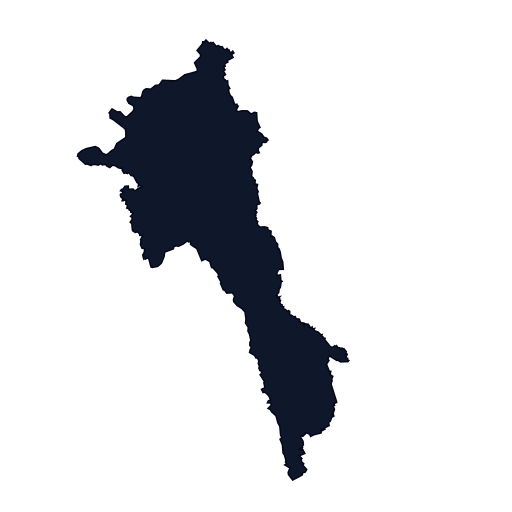 Doem Bang Nang Buat, Suphan Buri, Thailand (Natural Earth projection), rotated 236°
{"feature_id": "78962969B7020307767392", "entity_name": "Doem Bang Nang Buat", "entity_type": "district", "adm_level": 2, "iso_a3": "THA", "parent_name": "Thailand", "parent_adm1": "Suphan Buri", "projection": "natural_earth1", "projection_center": [99.985, 14.865], "detail": "fine", "context": "isolated", "style": "filled", "palette": "ink", "viewbox_px": 512, "rotation_deg": 236, "n_neighbors": 0, "source": "geoboundaries", "source_scale": "gbopen_adm2", "svg_char_len": 6098}
<svg xmlns="http://www.w3.org/2000/svg" viewBox="0 0 512 512"><g transform="rotate(236 256 256)"><path d="M440.7,170.3L440.2,165.5L438.4,163.7L437.4,164.7L435.8,163.8L427.4,165.9L426.8,167.3L423.3,169.8L423.7,170.2L422.0,173.6L419.5,176.1L419.4,178.8L417.4,179.5L416.0,182.6L414.2,182.5L411.1,184.2L411.5,187.6L409.9,189.6L405.9,191.3L403.3,194.1L401.7,192.9L398.3,192.8L397.8,194.4L396.3,195.4L396.4,197.1L392.7,197.4L390.6,199.2L383.6,198.4L381.6,199.1L379.7,197.3L379.3,199.5L377.2,200.0L378.0,195.8L377.4,193.3L378.3,191.8L380.3,191.5L382.6,187.5L385.4,189.3L387.1,186.4L385.9,183.3L386.4,181.6L385.8,180.1L383.7,181.9L382.6,179.7L383.1,178.3L382.4,177.6L380.4,177.0L377.7,177.6L376.7,175.9L375.8,177.4L376.1,178.6L374.2,179.0L371.8,177.0L371.0,177.7L369.3,177.4L368.0,175.6L366.2,177.1L365.1,176.6L363.6,177.6L362.4,176.7L360.5,178.0L359.5,176.6L359.0,174.1L357.0,175.0L355.4,173.3L354.4,170.6L352.2,171.1L347.4,168.4L346.2,168.6L346.0,167.8L343.1,169.0L342.3,171.2L339.6,171.9L338.1,171.2L336.9,172.7L335.7,172.7L334.2,169.5L332.4,168.8L330.3,166.7L326.3,165.8L324.2,167.7L321.7,165.6L320.1,162.6L318.0,161.8L316.0,161.2L315.9,163.3L315.2,162.9L315.1,164.7L314.0,165.7L305.6,162.8L304.4,163.8L302.3,168.8L303.0,173.6L306.9,179.5L310.3,182.5L308.1,191.5L309.7,193.1L309.1,195.4L307.4,197.3L306.6,202.4L307.0,207.8L305.4,207.9L305.3,208.8L303.3,209.7L302.6,208.3L301.5,208.5L296.5,210.5L296.5,211.3L282.4,208.4L281.8,212.3L277.2,214.6L271.3,212.7L270.8,213.6L263.0,214.7L260.4,214.0L260.3,213.0L253.6,212.4L253.3,211.3L246.2,209.9L245.3,210.9L241.6,210.9L238.7,215.8L234.8,215.9L232.3,212.8L230.5,212.0L225.6,212.6L220.4,214.9L215.9,215.6L209.3,212.4L206.3,209.8L201.2,209.7L198.2,207.3L194.7,206.9L188.6,204.4L188.1,202.9L185.4,200.9L182.3,200.8L181.8,199.0L179.6,196.7L174.3,199.3L171.5,198.9L170.6,200.2L167.6,199.7L165.7,197.8L162.8,197.2L161.5,195.7L158.8,195.2L158.3,196.1L155.5,195.1L155.4,193.0L147.0,192.8L146.7,191.7L141.8,189.7L142.4,186.0L138.9,185.5L137.7,187.4L132.9,188.4L128.6,187.6L129.0,185.1L127.9,183.3L126.2,185.6L123.9,185.7L122.9,180.7L120.5,182.1L118.2,181.8L112.3,183.2L105.4,180.8L101.5,180.5L93.9,176.3L90.7,175.6L90.7,173.5L84.7,172.3L77.5,168.2L74.7,168.2L69.6,166.4L68.9,165.3L66.6,165.1L66.7,163.0L61.2,165.6L58.7,161.7L56.7,160.7L49.7,161.1L48.6,172.0L50.2,173.3L49.3,176.1L50.7,178.7L56.6,177.8L57.0,179.4L59.8,178.7L62.2,179.8L62.4,180.8L66.1,180.2L65.0,186.1L69.9,186.6L69.9,185.1L71.5,184.5L71.4,187.5L72.1,187.3L72.8,189.6L76.0,191.4L81.1,191.7L81.8,192.5L80.3,194.0L80.9,197.4L81.9,198.3L78.1,200.9L75.9,200.3L75.4,204.1L72.9,210.9L74.1,212.4L75.6,212.2L75.5,213.4L74.5,212.8L74.1,214.1L73.9,216.3L75.2,216.0L74.5,221.8L77.5,223.2L77.5,225.2L79.9,228.6L79.7,231.0L81.2,231.5L81.5,230.8L85.0,235.3L88.5,236.2L88.3,237.7L90.0,237.9L89.5,241.0L90.0,241.3L107.8,246.6L110.2,249.5L111.5,249.8L113.3,252.4L116.3,251.2L118.5,253.5L119.5,252.3L126.9,254.0L128.6,258.1L130.2,258.0L131.6,259.9L132.3,261.0L124.3,264.5L123.7,265.6L120.9,266.9L117.0,273.2L117.5,274.6L118.9,273.9L120.0,274.8L121.6,273.5L123.5,276.7L124.2,276.6L124.5,275.1L126.2,277.4L130.1,277.0L130.2,275.7L131.6,275.8L132.1,274.0L133.0,274.2L134.4,272.6L136.5,272.7L136.1,271.5L137.6,271.2L137.4,268.6L139.1,267.0L148.3,266.2L149.1,267.3L150.7,265.7L151.7,266.4L153.1,265.7L153.9,266.8L154.2,265.9L158.4,264.9L161.2,262.8L162.8,263.0L163.2,264.0L164.2,261.9L165.8,262.9L166.0,261.2L167.0,260.9L166.7,259.9L167.8,261.2L170.3,261.1L172.5,258.6L172.0,257.5L173.6,258.3L175.5,255.9L176.9,256.1L177.5,255.1L178.4,256.4L179.7,256.5L181.3,254.2L183.9,254.7L184.7,253.0L186.0,252.8L186.1,251.8L187.4,252.1L188.3,250.9L191.3,253.0L192.7,252.3L192.3,251.0L195.0,250.6L196.9,249.2L198.5,250.6L199.3,249.0L200.7,250.4L202.0,249.5L204.2,249.8L205.5,251.6L206.8,250.8L207.4,251.8L208.6,251.7L208.9,253.0L209.8,250.7L211.2,251.4L212.1,250.7L213.0,254.4L216.2,257.2L216.1,258.4L220.3,262.2L220.4,263.5L221.7,262.9L226.8,265.7L227.9,262.6L230.3,263.8L232.1,267.4L229.7,271.2L236.0,274.8L240.4,275.8L245.5,278.2L249.0,279.1L251.0,278.7L253.8,280.6L256.6,280.1L261.2,281.5L263.8,280.4L264.1,279.3L268.1,282.4L270.9,280.6L273.0,281.5L275.4,279.4L277.8,275.4L280.9,274.8L282.8,275.5L283.4,276.7L286.6,276.2L286.9,277.5L289.9,277.8L289.9,278.8L290.8,278.8L291.8,281.2L294.4,280.8L294.6,283.1L298.1,285.2L297.2,288.0L297.7,289.2L299.1,288.9L307.5,292.3L307.9,293.7L311.6,294.4L314.4,297.3L316.4,295.4L319.3,297.8L319.8,297.0L322.1,297.5L324.5,296.8L328.3,300.1L332.8,300.6L333.9,303.4L334.8,303.2L334.7,304.2L336.5,306.0L337.2,305.3L338.8,306.0L339.3,305.0L340.9,306.6L340.8,307.6L342.0,307.4L341.4,310.7L342.0,313.8L340.3,315.0L339.8,316.5L342.7,316.9L344.3,318.9L344.6,322.8L346.3,324.0L346.1,326.3L345.3,326.5L344.6,328.5L345.5,329.6L345.4,330.9L347.8,330.7L350.1,329.0L353.9,329.0L358.8,326.8L360.5,329.5L360.3,331.2L367.1,332.3L374.4,336.6L376.0,335.1L376.5,331.3L381.1,330.1L384.3,325.5L385.6,322.0L387.9,320.9L390.2,325.1L391.8,324.5L392.3,325.1L393.7,323.1L400.9,325.1L403.5,324.4L407.0,325.2L409.8,326.6L409.5,327.9L413.3,328.2L417.2,330.5L417.7,328.8L419.3,329.0L419.5,328.3L423.3,329.0L423.4,332.2L427.7,332.4L427.6,334.4L430.8,334.9L430.5,336.5L432.9,337.6L432.5,341.1L434.1,341.5L433.4,348.1L436.6,348.3L436.6,351.2L438.9,351.3L438.4,348.2L442.0,348.8L442.0,348.2L444.3,348.0L444.0,346.0L445.2,345.1L448.5,345.0L449.1,343.7L451.7,342.3L451.8,340.4L457.1,339.8L457.1,338.1L458.3,338.0L458.4,336.2L463.1,335.3L462.4,332.9L463.4,331.6L461.7,330.0L459.4,322.1L453.9,322.7L452.2,321.2L450.6,313.1L443.7,311.9L442.0,310.3L446.1,298.2L445.7,290.9L446.3,287.1L454.0,276.8L452.0,271.3L453.7,268.0L453.2,262.0L456.0,258.6L456.3,256.4L455.5,254.0L452.0,250.2L452.0,248.5L456.3,243.0L458.1,241.9L458.8,239.3L458.6,237.5L457.3,236.4L453.8,235.9L449.3,238.3L446.5,237.5L444.8,234.9L443.6,226.9L444.9,225.1L451.5,224.0L453.2,221.4L458.5,218.9L456.8,214.2L455.9,214.6L452.0,212.2L448.8,213.9L436.1,218.1L434.0,218.5L431.9,217.6L427.1,214.4L427.1,203.4L423.9,198.5L424.1,194.9L423.4,190.0L423.9,188.2L427.2,186.2L433.3,185.9L436.6,184.0L439.9,175.5L440.7,170.3Z" fill="#0f172a" stroke="#020617" stroke-width="1.5"/></g></svg>